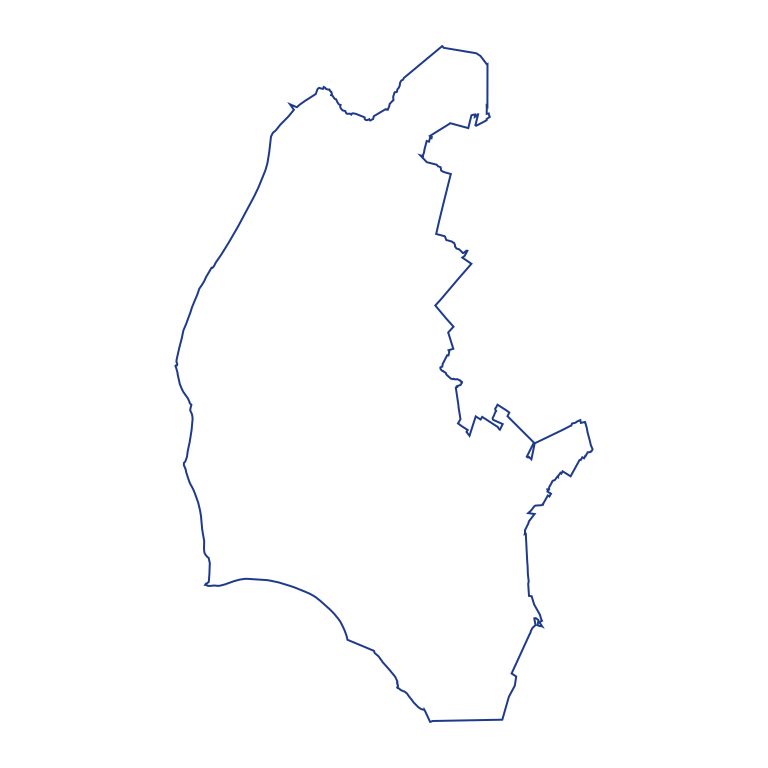 outline of Ahome, Sinaloa, Mexico
{"feature_id": "50627088B63495042821208", "entity_name": "Ahome", "entity_type": "district", "adm_level": 2, "iso_a3": "MEX", "parent_name": "Mexico", "parent_adm1": "Sinaloa", "projection": "robinson", "projection_center": [-109.057, 25.923], "detail": "fine", "context": "isolated", "style": "outline", "palette": "blue", "viewbox_px": 768, "rotation_deg": 0, "n_neighbors": 0, "source": "geoboundaries", "source_scale": "gbopen_adm2", "svg_char_len": 6052}
<svg xmlns="http://www.w3.org/2000/svg" viewBox="0 0 768 768"><path d="M476.4,53.3L443.6,47.8L442.4,46.1L442.2,46.1L403.8,78.0L403.1,79.6L401.3,80.6L400.3,82.3L399.9,83.5L399.9,84.9L399.0,87.5L397.5,89.2L397.2,90.4L397.0,91.7L396.1,92.2L395.0,92.1L394.5,92.6L393.2,96.6L393.4,100.3L392.6,100.8L389.7,103.9L389.5,104.4L389.3,106.2L387.7,109.8L386.9,109.7L386.9,109.3L385.6,109.2L373.8,116.2L373.4,118.1L373.0,119.1L372.2,119.4L370.4,120.5L369.1,119.7L369.1,119.3L367.0,120.2L365.7,119.9L364.7,119.0L364.7,117.5L364.3,117.2L355.7,113.8L352.9,113.3L352.1,113.5L351.3,114.6L350.0,113.7L347.4,113.8L346.4,113.5L346.1,112.7L345.7,112.2L345.2,111.0L342.6,110.4L341.0,108.6L340.3,107.3L340.2,106.5L340.6,105.0L339.4,104.7L338.6,104.0L337.5,102.4L336.1,99.3L335.2,99.1L334.3,98.4L332.4,95.5L331.1,95.2L331.2,94.8L331.7,94.6L331.9,94.7L332.0,95.1L331.8,93.3L331.3,92.4L331.3,91.8L330.8,91.6L330.1,90.9L329.4,89.5L328.7,89.7L326.1,89.0L325.2,87.8L323.7,87.0L323.3,88.6L322.9,88.9L322.5,88.9L321.9,88.6L320.7,88.4L319.3,87.9L318.5,88.2L317.8,88.8L317.1,90.1L315.8,94.0L304.7,101.1L299.8,104.6L297.0,107.1L296.5,107.1L290.0,104.3L293.9,109.8L288.6,116.3L280.3,124.7L275.8,130.4L272.8,132.9L271.0,136.6L269.2,152.3L267.4,163.3L265.4,170.3L258.6,187.1L254.3,196.1L238.0,226.6L228.9,242.3L221.4,254.4L215.8,262.5L214.0,266.1L212.5,267.9L211.6,267.7L206.2,276.8L204.3,281.0L202.0,284.8L199.3,288.7L197.5,294.1L192.1,307.0L190.3,312.7L186.0,324.3L183.4,330.4L181.7,338.6L179.3,347.7L176.5,360.2L176.5,362.1L177.3,363.9L177.0,365.3L175.8,365.4L175.4,366.0L176.2,368.0L177.5,372.6L177.6,374.1L179.8,384.0L181.7,388.7L183.3,391.9L188.1,398.7L188.8,400.5L189.4,401.6L189.8,403.2L191.4,404.8L190.5,408.2L190.2,410.4L191.7,413.6L192.3,415.8L192.6,418.9L191.6,429.9L189.7,442.0L187.8,450.7L187.0,456.7L185.3,461.5L184.0,462.8L183.8,464.4L184.2,466.2L184.6,466.7L185.9,470.3L186.2,472.3L188.6,479.7L190.0,483.4L193.1,489.1L194.8,493.1L198.3,503.0L200.1,510.7L201.0,516.2L202.2,529.5L204.2,541.2L204.0,549.0L204.3,551.9L204.6,553.1L205.7,555.0L207.5,557.1L208.6,557.8L209.8,563.0L209.4,573.9L208.8,581.9L206.8,583.5L206.3,583.5L205.7,584.0L205.2,584.9L206.1,584.9L207.4,585.7L208.6,585.9L210.7,585.9L214.0,585.5L218.3,585.9L220.3,585.6L224.6,584.5L234.2,581.1L239.7,579.6L244.5,578.9L247.0,578.8L266.8,580.1L270.1,580.6L278.6,582.4L290.0,585.9L294.2,587.3L305.8,592.0L309.7,593.7L313.3,595.7L315.7,597.2L319.9,600.5L330.1,609.6L334.2,613.8L338.6,619.2L340.4,621.8L342.3,625.5L344.5,630.2L346.4,635.3L347.5,639.8L374.0,650.9L374.4,652.4L375.0,653.3L378.4,656.2L379.9,658.1L380.5,659.2L381.1,659.8L382.6,662.1L389.3,669.6L395.2,676.8L397.3,681.3L397.4,681.9L397.1,682.2L397.3,682.4L397.2,683.8L397.5,683.9L398.0,685.5L397.9,686.5L397.5,686.7L397.2,687.3L397.6,688.0L398.2,687.9L400.7,690.0L403.3,691.2L404.3,691.4L407.0,693.5L408.9,696.3L411.9,700.0L413.6,702.4L417.7,706.6L419.4,708.0L421.3,709.1L422.9,709.6L423.6,709.7L424.0,709.7L424.1,709.4L425.2,711.3L430.1,721.9L432.7,721.0L502.3,719.7L508.9,696.7L514.8,685.7L516.2,676.5L511.6,673.5L529.9,633.6L530.2,633.5L530.9,630.9L532.1,628.6L532.8,627.6L535.5,625.1L534.3,618.4L535.7,618.1L538.1,619.8L538.4,620.2L538.4,621.0L537.5,625.2L539.7,626.1L541.3,626.0L542.1,626.4L539.4,622.1L542.0,620.8L541.3,619.5L539.9,614.7L534.2,604.6L531.6,596.2L529.0,595.9L528.2,583.9L528.7,581.4L527.9,574.3L527.6,566.2L527.2,561.2L525.8,533.9L524.7,534.2L525.0,532.9L525.0,530.2L528.6,522.9L528.7,521.8L529.1,521.1L534.6,514.0L528.2,513.1L531.1,510.5L534.3,506.3L535.3,505.6L541.5,505.2L543.0,504.7L542.8,504.0L543.2,503.7L547.8,495.5L549.4,496.5L551.0,493.7L547.5,491.6L547.6,491.0L548.1,490.2L548.7,489.8L548.4,489.6L547.6,489.9L547.3,489.4L549.0,489.0L549.1,487.6L549.3,486.9L551.6,482.9L552.3,481.3L553.0,480.6L554.2,480.4L555.1,479.7L557.5,476.5L558.1,477.0L558.1,476.2L558.8,475.0L559.2,474.7L560.4,472.8L561.4,473.6L562.6,471.3L570.6,476.3L579.5,460.1L580.7,460.0L582.3,457.3L584.0,458.3L585.2,456.0L585.5,456.2L587.7,452.3L590.2,452.1L590.8,451.4L591.4,451.4L592.6,449.3L590.8,445.1L590.1,441.8L587.5,432.1L586.9,428.4L585.3,422.6L585.1,422.7L584.9,422.0L580.9,422.9L580.3,420.1L576.7,421.7L576.0,422.4L574.6,423.0L572.3,423.4L572.0,423.6L571.3,425.5L571.1,425.5L563.2,429.6L534.7,443.3L531.4,459.3L529.0,457.0L528.7,456.9L528.4,457.3L527.8,456.9L527.4,457.2L526.8,456.7L533.7,443.0L534.1,442.8L507.5,416.2L509.3,412.5L506.1,410.2L497.5,404.7L496.5,406.8L495.2,408.6L495.3,409.8L496.2,411.0L495.4,412.0L494.8,413.3L494.1,415.2L492.7,418.0L492.6,418.7L493.1,419.8L502.7,424.1L499.9,429.7L498.8,428.8L497.8,427.0L482.2,416.9L480.6,419.5L475.7,416.4L469.5,435.8L466.5,431.9L467.7,430.0L461.8,426.2L458.0,423.4L460.5,419.2L458.5,407.0L458.5,405.8L455.8,387.6L457.2,387.0L456.9,386.2L460.5,385.0L461.9,382.8L461.9,381.9L460.7,381.6L460.6,380.7L460.0,380.3L458.6,379.9L457.6,379.2L455.2,379.4L453.6,378.8L452.8,379.2L450.7,378.5L446.3,374.5L446.0,373.2L445.4,372.6L444.0,371.8L443.3,371.1L442.6,371.1L441.3,370.0L440.6,369.1L440.4,368.2L440.4,367.4L441.9,366.6L442.3,366.6L442.8,363.4L443.1,363.2L447.1,355.3L447.7,355.6L448.4,355.5L448.6,355.2L449.4,350.7L448.7,350.7L448.5,350.2L453.3,348.8L448.2,332.5L453.5,326.7L446.1,318.4L435.3,305.5L440.6,299.7L457.8,279.4L471.4,263.8L462.3,257.6L464.7,255.8L467.4,250.8L466.8,250.6L466.5,250.7L463.5,253.0L462.9,253.0L459.1,249.3L456.6,248.6L455.0,246.5L455.0,245.0L454.0,242.8L452.7,242.4L452.0,241.6L446.3,240.0L445.0,236.6L444.6,236.2L436.2,234.0L439.1,221.2L443.4,203.6L450.8,174.0L443.7,172.0L441.3,170.7L441.1,170.3L440.7,167.4L440.1,167.0L438.0,166.3L436.7,164.7L426.8,162.2L420.4,155.4L423.0,156.1L423.1,155.0L423.9,152.8L424.4,150.6L424.3,150.2L426.7,141.0L429.0,141.7L430.0,137.9L431.5,138.3L431.8,136.9L430.0,135.9L449.2,124.0L450.2,123.2L468.3,128.1L471.4,115.4L472.5,114.9L475.0,114.5L474.8,116.9L476.7,115.5L477.6,114.3L478.1,114.3L475.4,125.3L476.3,125.7L486.6,120.3L486.6,119.1L489.8,116.8L488.7,114.2L488.7,113.5L486.7,113.8L486.7,113.6L486.7,110.7L486.8,110.3L486.7,105.9L487.4,106.6L487.5,64.0L486.8,64.3L480.5,56.0L476.4,53.3Z" fill="none" stroke="#1e3a8a" stroke-width="2"/></svg>